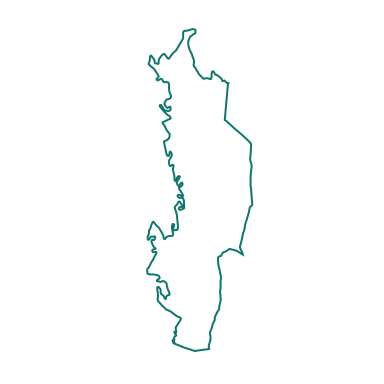 Cota, Cundinamarca, Colombia (Equal Earth projection), rotated 157°
{"feature_id": "7082276B44065985457815", "entity_name": "Cota", "entity_type": "district", "adm_level": 2, "iso_a3": "COL", "parent_name": "Colombia", "parent_adm1": "Cundinamarca", "projection": "equal_earth", "projection_center": [-74.11, 4.786], "detail": "fine", "context": "isolated", "style": "outline", "palette": "teal", "viewbox_px": 384, "rotation_deg": 157, "n_neighbors": 0, "source": "geoboundaries", "source_scale": "gbopen_adm2", "svg_char_len": 6093}
<svg xmlns="http://www.w3.org/2000/svg" viewBox="0 0 384 384"><g transform="rotate(157 192 192)"><path d="M115.9,277.8L117.6,279.3L118.1,280.8L118.6,281.9L120.5,282.1L120.7,282.6L120.5,284.1L120.6,284.9L122.8,289.1L123.7,290.3L124.7,291.0L124.8,291.7L125.0,293.8L125.4,294.9L125.9,295.1L126.9,294.4L128.1,292.5L129.1,290.1L130.3,288.7L131.0,288.7L132.2,289.9L134.1,291.1L134.7,291.3L136.7,291.5L137.3,292.0L139.0,296.2L139.7,298.7L139.8,300.5L140.2,302.0L140.3,304.6L141.0,306.6L140.9,308.2L139.1,311.3L138.7,312.7L138.6,316.7L138.3,318.5L138.6,324.0L138.3,327.2L137.1,331.2L136.0,332.9L132.8,335.8L131.1,336.0L129.6,336.7L127.5,336.7L126.8,336.9L126.6,337.7L125.6,339.3L125.6,339.7L125.8,340.4L127.6,341.6L129.5,342.0L132.4,342.2L135.9,343.2L137.1,343.1L137.8,342.4L139.9,337.4L140.8,336.3L151.6,328.4L155.2,327.3L157.9,325.8L161.0,323.8L161.5,323.8L161.9,324.1L162.2,324.8L163.3,329.4L163.7,329.9L164.4,330.1L165.9,329.8L169.0,328.2L170.8,326.8L171.7,325.3L172.5,323.5L172.9,323.2L173.4,323.3L175.5,324.9L175.7,325.7L175.1,328.1L175.1,328.7L176.1,333.0L176.5,333.6L176.8,333.7L177.6,333.2L178.4,331.5L179.8,329.2L181.5,327.4L181.8,326.6L181.6,325.5L179.0,320.4L178.2,317.2L177.5,311.9L177.7,311.2L178.6,310.6L180.3,310.0L180.6,309.6L180.6,308.9L180.4,308.5L180.0,308.2L178.8,308.1L176.5,308.4L176.0,308.1L175.6,307.3L175.2,304.7L174.9,304.1L171.4,302.6L171.0,301.6L171.0,300.4L171.2,299.5L172.4,297.3L173.5,293.7L173.8,291.7L173.7,288.7L174.4,287.5L174.9,287.0L175.9,286.6L177.2,286.6L179.5,287.1L179.8,286.9L182.7,284.4L182.9,283.9L183.0,282.9L182.8,281.5L182.0,279.1L181.2,278.9L179.1,279.2L178.9,279.0L178.9,277.7L179.5,276.2L180.4,275.6L182.3,275.8L185.0,277.7L185.4,278.3L185.7,279.6L186.3,283.9L187.3,284.5L188.0,284.1L188.1,283.6L188.0,282.8L185.9,276.0L184.5,272.6L183.5,271.4L182.9,270.2L182.7,269.2L182.7,268.4L183.4,267.9L186.1,267.9L189.8,267.6L191.2,267.8L191.9,267.5L192.1,266.9L191.4,263.6L191.1,258.6L190.7,257.0L190.0,254.9L190.0,253.8L191.0,251.8L192.6,250.2L194.6,249.6L197.6,249.6L198.0,249.4L198.4,248.8L198.2,248.6L198.9,246.1L199.6,241.8L200.2,239.5L200.6,236.8L200.6,235.5L200.1,234.5L199.3,234.3L198.2,235.3L197.2,237.2L196.6,237.7L196.4,237.7L196.0,237.3L195.7,235.7L196.0,234.3L196.4,233.5L197.2,232.6L200.5,230.2L201.2,229.2L201.9,227.3L202.2,226.2L202.2,224.9L202.0,224.4L201.5,224.2L200.0,224.6L199.1,224.6L198.7,224.2L198.7,223.6L199.1,222.7L200.3,221.1L201.0,219.3L202.0,213.3L203.2,210.6L203.4,209.6L203.2,208.8L202.6,208.6L199.6,211.5L198.6,211.8L197.4,211.5L197.2,210.9L197.5,210.3L202.0,207.2L202.6,206.3L202.4,204.0L202.3,203.4L202.0,203.2L201.5,203.0L200.8,203.1L199.2,204.3L198.2,204.7L197.4,204.4L197.5,203.2L197.9,202.4L198.8,201.8L200.2,201.4L202.3,201.2L202.5,200.9L202.5,199.3L201.8,195.6L201.6,192.0L202.7,192.0L204.2,193.8L205.1,194.5L206.3,194.6L206.8,194.1L206.9,193.6L206.8,193.0L206.3,192.0L205.8,191.5L203.0,190.3L202.7,190.0L202.6,189.4L202.8,187.4L203.1,186.4L205.4,180.4L206.1,180.0L209.5,180.0L210.3,180.5L210.7,181.4L210.7,182.0L210.5,182.3L209.5,182.8L208.4,182.9L207.0,182.1L206.6,182.1L206.4,182.4L206.2,182.8L206.3,184.4L206.9,187.2L207.6,188.3L208.1,188.3L209.3,187.3L211.1,186.1L212.9,185.5L213.8,184.7L214.1,183.9L214.4,180.4L214.8,177.2L218.3,165.9L218.7,165.1L220.0,163.1L220.8,163.0L222.0,163.3L223.5,163.8L223.8,164.3L223.9,164.9L223.7,165.5L221.2,168.6L221.3,169.1L221.7,169.9L222.5,170.0L223.5,168.8L224.3,167.1L225.1,164.5L225.8,160.7L226.7,159.5L227.5,159.4L229.9,160.3L231.4,160.6L233.2,160.4L233.9,160.2L234.8,159.4L235.3,159.3L235.7,159.4L236.1,160.3L235.5,163.1L235.5,165.1L236.3,171.1L236.5,172.1L238.2,176.1L238.9,179.1L239.2,179.6L239.5,179.8L240.1,179.6L242.5,177.3L244.8,174.5L246.6,173.3L247.9,170.6L250.3,168.1L250.8,167.1L251.2,165.8L251.1,165.3L250.8,165.0L249.6,165.3L247.5,167.0L245.2,166.0L244.0,165.8L243.5,165.4L243.5,164.8L244.1,163.9L245.2,162.8L246.3,162.8L247.0,163.4L247.4,163.5L248.2,163.0L248.7,162.3L248.9,160.6L248.8,157.8L248.5,156.1L247.7,154.4L247.8,154.0L248.4,153.9L250.7,154.3L251.3,153.9L251.5,153.5L251.6,152.5L251.5,152.0L250.9,151.6L248.7,150.9L248.4,150.5L248.4,150.0L249.1,149.1L251.1,147.7L255.1,144.3L256.9,143.2L260.1,140.3L261.0,139.6L262.9,138.8L264.0,137.2L264.7,135.1L264.6,134.0L264.2,133.4L262.9,132.6L259.8,131.3L256.2,128.9L255.3,127.8L255.1,126.6L255.5,125.4L257.0,124.8L258.7,124.6L259.0,124.2L259.0,123.7L258.6,123.3L256.0,121.5L253.8,121.5L253.3,121.3L252.4,120.4L251.4,118.7L251.2,118.1L251.3,117.1L251.7,115.8L252.3,112.4L252.3,107.2L252.7,106.5L253.1,106.2L255.4,106.3L256.4,105.9L257.2,105.1L257.8,103.9L258.1,103.8L258.3,103.9L258.6,104.6L258.9,107.9L260.1,110.1L260.2,110.8L260.1,112.0L259.2,113.8L259.0,115.1L259.9,117.6L260.3,118.0L260.8,118.0L261.3,117.6L262.1,115.8L263.4,110.8L264.6,108.3L265.6,106.7L265.8,105.6L265.7,104.3L265.3,103.4L263.7,98.5L261.5,93.7L260.5,92.8L258.3,90.3L254.4,83.5L251.9,80.9L251.7,80.4L251.7,79.9L251.9,79.4L253.0,78.4L256.4,76.1L257.8,75.3L260.1,73.4L261.3,69.1L261.6,69.2L261.8,69.9L262.9,70.1L263.0,68.4L262.5,67.1L262.5,66.2L262.8,66.0L263.3,66.2L264.0,65.7L265.3,65.1L265.6,64.7L265.9,63.1L266.2,62.7L267.1,63.3L267.9,62.8L268.1,62.2L268.1,61.7L267.7,61.0L267.1,60.9L266.9,60.4L267.9,59.7L261.7,53.7L261.6,53.3L251.6,44.6L237.6,40.8L237.1,42.8L236.5,44.2L233.7,47.4L232.2,49.8L231.6,51.4L230.7,54.8L229.9,56.3L227.2,58.8L224.2,62.7L221.5,64.9L220.9,65.7L220.2,67.2L219.0,68.7L215.7,71.5L213.8,72.8L212.5,74.1L210.8,77.3L209.4,79.0L207.7,81.5L205.0,89.5L203.0,92.9L200.7,98.4L198.6,102.1L197.0,110.0L196.3,114.1L195.1,118.0L194.4,119.9L193.4,121.6L192.7,122.0L190.0,122.0L188.6,123.4L186.8,124.2L183.4,124.2L180.3,124.9L179.4,124.7L175.6,121.9L173.7,120.2L169.7,114.5L169.4,116.0L169.6,121.7L169.1,123.1L164.4,129.2L161.3,133.8L158.4,137.0L155.4,141.8L154.2,143.1L147.8,150.8L145.1,154.8L144.1,155.6L142.2,156.1L141.3,157.1L138.7,165.2L137.1,169.6L135.3,175.7L132.3,182.7L130.3,186.7L129.4,188.4L127.0,192.3L126.5,194.4L126.2,197.5L125.3,200.4L122.4,205.6L119.0,212.6L119.1,214.8L120.7,218.4L124.2,226.3L128.4,234.5L132.4,243.5L133.7,245.5L116.8,277.2L115.9,277.8Z" fill="none" stroke="#0f766e" stroke-width="2"/></g></svg>